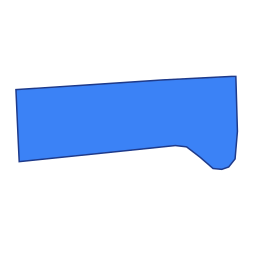 the district of Al Farafra Oasis, Al Wadi at Jadid, Egypt, rotated 357°
{"feature_id": "37247803B67299056810507", "entity_name": "Al Farafra Oasis", "entity_type": "district", "adm_level": 2, "iso_a3": "EGY", "parent_name": "Egypt", "parent_adm1": "Al Wadi at Jadid", "projection": "robinson", "projection_center": [27.531, 27.044], "detail": "fine", "context": "isolated", "style": "filled", "palette": "blue", "viewbox_px": 256, "rotation_deg": 357, "n_neighbors": 0, "source": "geoboundaries", "source_scale": "gbopen_adm2", "svg_char_len": 364}
<svg xmlns="http://www.w3.org/2000/svg" viewBox="0 0 256 256"><g transform="rotate(357 128 128)"><path d="M238.4,82.1L234.1,81.9L165.2,81.8L18.1,83.8L18.0,96.4L17.7,136.0L17.6,155.9L174.4,148.0L185.5,149.9L198.5,161.0L210.8,172.9L219.5,174.2L226.5,172.2L233.3,164.5L237.1,137.1L238.4,82.1L238.4,82.1Z" fill="#3b82f6" stroke="#1e3a8a" stroke-width="1.5"/></g></svg>